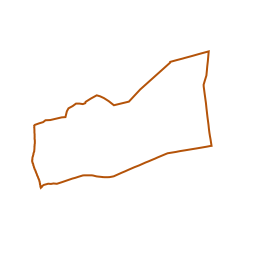 outline of Malem Hodar, Kaffrine, Senegal, rotated 69°
{"feature_id": "50182788B13883389428586", "entity_name": "Malem Hodar", "entity_type": "district", "adm_level": 2, "iso_a3": "SEN", "parent_name": "Senegal", "parent_adm1": "Kaffrine", "projection": "equal_earth", "projection_center": [-15.234, 14.358], "detail": "fine", "context": "isolated", "style": "outline", "palette": "amber", "viewbox_px": 256, "rotation_deg": 69, "n_neighbors": 0, "source": "geoboundaries", "source_scale": "gbopen_adm2", "svg_char_len": 2913}
<svg xmlns="http://www.w3.org/2000/svg" viewBox="0 0 256 256"><g transform="rotate(69 128 128)"><path d="M81.4,64.9L82.1,65.3L96.4,102.8L103.7,117.7L101.7,133.0L96.0,136.4L91.4,139.8L88.4,142.7L86.3,145.5L87.2,152.1L88.4,158.2L89.5,159.0L89.5,161.6L87.7,164.8L86.6,167.8L87.7,171.9L88.3,176.5L90.5,179.1L95.4,182.5L94.3,186.2L92.7,197.8L91.2,202.3L92.1,205.1L91.8,209.5L91.7,213.8L92.0,214.4L92.1,214.7L92.6,214.8L93.3,215.0L93.9,215.4L94.3,215.4L95.1,215.7L95.6,215.8L96.2,216.1L97.0,216.3L97.7,216.6L98.4,216.9L98.8,217.0L99.9,217.3L100.9,217.6L101.8,218.0L102.5,218.2L103.3,218.6L103.9,218.7L104.7,219.2L105.4,219.2L105.8,219.3L106.6,219.6L107.5,219.9L108.7,220.4L109.2,220.6L109.8,221.0L110.4,221.3L111.0,221.5L111.5,221.9L111.9,222.0L112.1,222.0L112.4,222.2L113.6,222.7L114.3,223.0L115.2,223.5L116.0,223.8L116.5,224.2L117.2,224.8L117.9,225.4L118.8,225.8L119.5,226.4L120.3,226.9L120.8,227.4L121.6,227.9L122.2,228.2L123.0,228.5L123.3,228.8L123.6,228.8L123.8,229.0L124.0,229.1L124.3,229.3L124.5,229.4L125.0,229.4L125.4,229.4L125.7,229.5L126.1,229.6L126.4,229.6L126.7,229.6L127.0,229.4L127.3,229.5L128.1,229.5L128.4,229.6L128.7,229.7L129.0,229.8L129.5,229.7L130.3,229.7L130.6,229.8L131.1,229.9L131.3,229.8L131.9,229.8L132.2,229.9L132.6,229.9L133.1,229.8L133.4,229.9L133.7,229.8L134.1,229.7L134.4,229.7L135.0,229.8L135.4,229.7L135.8,229.8L136.1,229.7L136.4,229.8L137.1,229.8L137.6,229.7L138.8,229.7L139.2,229.8L140.0,229.8L140.2,229.7L140.5,229.7L140.8,229.7L141.4,229.6L141.9,229.7L142.3,229.7L143.0,229.7L143.3,229.6L143.8,229.6L144.0,229.7L144.6,229.6L145.0,229.6L145.4,229.7L145.8,229.8L146.3,229.7L147.2,229.9L147.7,230.1L148.3,230.0L149.0,230.2L149.2,230.4L149.8,230.4L150.1,230.4L150.5,230.4L151.1,230.7L151.4,230.8L151.9,230.8L152.4,230.8L152.6,230.8L152.4,230.4L152.0,229.3L151.5,228.7L151.4,228.7L151.0,227.2L151.0,226.7L151.3,223.8L151.4,222.5L152.6,220.0L153.1,217.4L154.6,214.4L154.9,208.9L155.1,203.4L155.3,197.9L155.6,195.3L155.8,191.4L156.1,187.2L156.6,185.5L158.2,181.4L158.4,180.9L159.1,179.0L159.8,177.7L161.9,174.7L162.9,172.8L164.1,170.4L164.4,169.9L164.5,169.6L164.6,169.4L164.8,169.2L165.6,167.3L166.6,164.7L167.2,163.0L167.7,160.4L168.0,158.6L167.9,157.1L167.5,150.0L167.4,146.4L167.2,142.9L166.9,136.1L166.9,131.1L166.5,123.8L166.5,121.0L166.4,118.2L166.3,115.4L166.3,114.3L166.1,111.2L166.0,107.9L165.9,104.6L165.8,101.3L165.8,100.0L167.4,92.4L167.7,90.8L167.8,90.1L168.3,87.3L169.2,83.1L170.6,76.3L171.7,71.0L172.8,65.5L173.6,61.5L174.4,57.0L174.5,56.8L174.6,56.4L171.3,55.7L168.1,55.0L164.9,54.4L163.5,54.1L161.6,53.7L157.9,52.8L154.2,51.8L150.5,50.9L145.9,49.8L143.2,49.1L140.5,48.4L137.8,47.7L135.2,47.0L132.6,46.3L130.0,45.7L126.6,44.9L123.2,44.1L119.9,43.3L116.5,42.5L114.7,41.9L110.9,39.0L107.1,36.0L102.9,33.9L98.6,31.8L94.4,29.6L90.1,27.5L85.4,25.2L85.2,27.2L84.4,34.9L83.7,42.6L82.9,50.3L82.8,51.7L82.1,57.9L81.4,64.9Z" fill="none" stroke="#b45309" stroke-width="2"/></g></svg>